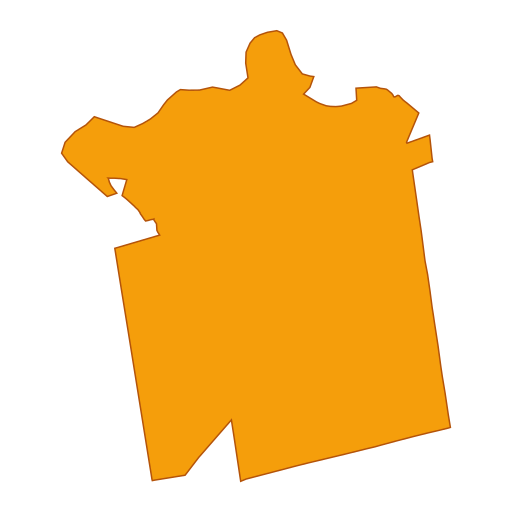 Zadareni, Arad, Romania
{"feature_id": "2599482B66097007845459", "entity_name": "Zadareni", "entity_type": "district", "adm_level": 2, "iso_a3": "ROU", "parent_name": "Romania", "parent_adm1": "Arad", "projection": "orthographic", "projection_center": [21.215, 46.122], "detail": "fine", "context": "isolated", "style": "filled", "palette": "amber", "viewbox_px": 512, "rotation_deg": 0, "n_neighbors": 0, "source": "geoboundaries", "source_scale": "gbopen_adm2", "svg_char_len": 2261}
<svg xmlns="http://www.w3.org/2000/svg" viewBox="0 0 512 512"><path d="M247.8,478.6L292.5,466.9L297.1,465.7L308.3,462.9L325.1,458.9L344.3,454.3L366.9,448.7L375.0,446.8L381.0,445.1L395.4,441.2L413.5,436.5L427.6,433.0L437.5,430.7L448.5,428.0L450.4,427.4L448.3,414.8L445.1,393.2L442.3,376.5L440.8,366.4L438.1,346.3L436.4,335.2L434.5,323.0L433.3,314.8L432.2,307.9L430.0,291.1L427.6,274.5L425.1,261.4L424.8,259.3L422.3,239.6L421.1,230.5L419.1,217.3L416.7,200.4L414.0,181.8L412.6,172.0L412.3,169.8L429.5,162.5L432.7,161.7L432.1,158.4L430.1,139.8L429.5,135.1L407.0,143.2L406.5,142.3L418.8,113.0L406.9,103.0L404.9,101.5L403.0,99.9L400.3,97.1L399.2,95.8L398.6,95.5L397.6,95.4L395.4,96.7L394.6,96.9L394.0,96.9L393.7,96.5L393.4,96.1L392.9,95.0L391.7,93.4L387.7,90.1L387.0,89.6L386.3,89.2L384.2,88.8L380.3,88.3L376.4,86.9L358.6,88.0L356.0,88.2L356.7,100.3L351.5,103.4L341.4,106.1L337.2,106.5L335.5,106.6L330.5,106.4L326.2,105.8L319.7,103.5L316.4,101.9L303.6,94.1L309.9,87.4L313.8,76.6L310.1,76.1L302.3,73.9L295.3,64.8L291.0,54.4L286.6,40.2L282.4,33.0L276.8,30.7L267.4,32.3L259.8,34.9L254.6,37.7L250.1,43.1L246.1,52.1L246.0,54.4L245.7,63.1L248.0,77.9L240.0,85.1L229.7,90.3L216.5,87.8L212.5,87.1L199.4,90.1L188.8,90.2L180.4,89.6L176.5,91.9L167.4,100.0L163.6,104.8L159.4,110.9L158.0,112.9L150.4,119.0L142.8,123.5L134.2,127.4L123.2,126.3L115.0,123.6L98.1,118.0L94.3,116.7L92.1,118.9L85.9,125.0L75.2,131.6L65.1,142.3L61.6,153.2L67.7,161.8L87.5,179.2L107.3,196.5L115.4,193.7L116.8,193.2L113.8,189.5L111.0,185.7L109.4,182.2L108.3,178.2L108.2,178.1L110.9,178.2L111.3,178.2L114.5,178.2L117.6,178.4L118.6,178.5L119.7,178.5L120.9,178.6L123.1,179.0L124.4,179.2L126.2,179.5L126.8,179.6L122.1,195.6L124.6,197.5L126.2,198.8L127.8,200.2L130.2,202.4L132.6,204.6L134.7,206.5L135.5,207.5L137.8,209.5L139.5,211.9L140.1,212.8L140.2,213.5L141.4,215.2L142.6,216.9L143.3,218.0L144.0,219.1L145.6,221.0L148.4,220.4L150.3,219.8L152.3,219.4L153.1,219.4L153.9,219.0L153.9,219.9L155.2,221.9L156.5,223.8L156.9,230.3L157.8,232.2L159.7,235.1L114.8,248.3L121.4,289.5L128.0,330.2L150.0,467.0L152.0,479.5L152.3,480.6L154.8,480.1L185.1,475.2L198.8,457.3L201.8,453.9L216.4,437.1L231.4,419.9L234.1,437.3L240.7,481.3L246.5,478.9L247.1,478.8L247.8,478.6Z" fill="#f59e0b" stroke="#b45309" stroke-width="1.5"/></svg>